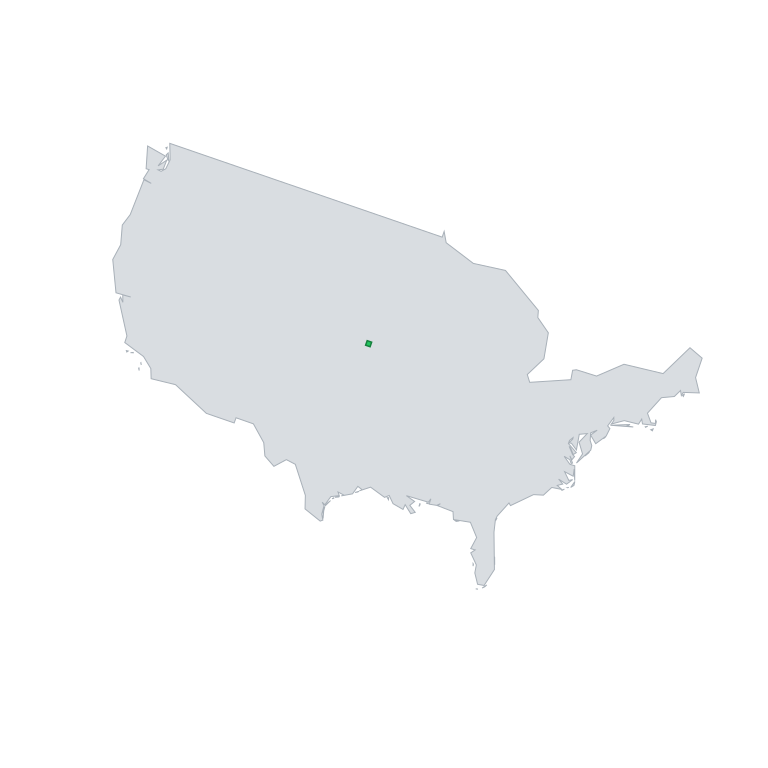 location of Adams, Nebraska, United States of America, rotated 19°
{"feature_id": "52423323B10491210424297", "entity_name": "Adams", "entity_type": "district", "adm_level": 2, "iso_a3": "USA", "parent_name": "United States of America", "parent_adm1": "Nebraska", "projection": "mercator", "projection_center": [-98.47, 40.525], "detail": "fine", "context": "in_parent", "style": "filled", "palette": "green", "viewbox_px": 768, "rotation_deg": 19, "n_neighbors": 0, "source": "geoboundaries", "source_scale": "gbopen_adm2", "svg_char_len": 3922}
<svg xmlns="http://www.w3.org/2000/svg" viewBox="0 0 768 768"><g transform="rotate(19 384 384)"><path d="M604.5,287.2L644.5,283.3L661.5,250.1L676.4,256.0L676.5,276.5L685.0,289.8L669.7,294.5L668.9,298.1L666.5,293.6L662.6,301.3L650.8,306.6L642.6,325.8L649.1,333.8L653.5,332.9L652.4,329.3L653.8,331.0L654.1,334.9L641.4,337.6L639.1,333.3L637.7,339.1L623.1,340.4L612.0,347.8L613.2,343.6L612.2,340.9L609.1,350.8L612.1,352.6L611.0,360.9L603.6,371.5L596.0,365.0L600.6,358.3L595.3,362.9L597.3,370.3L600.5,374.6L601.0,379.2L591.7,396.1L594.5,385.5L587.4,375.5L592.3,364.7L585.0,368.0L587.4,383.7L580.5,379.0L578.1,379.5L580.4,374.6L580.2,373.1L577.8,376.9L577.7,380.2L588.2,386.3L585.9,389.1L581.2,383.6L579.4,382.7L585.3,389.3L587.8,390.6L586.3,394.5L583.1,391.4L588.0,397.4L586.8,398.2L584.4,395.1L577.9,393.7L585.9,399.4L591.0,399.2L595.8,413.3L591.5,402.5L592.9,409.6L583.3,408.1L590.1,415.0L593.5,413.0L589.2,419.3L580.1,417.1L585.6,420.4L580.8,423.5L586.4,425.8L576.3,427.2L570.9,437.2L561.4,439.9L543.2,457.8L540.9,455.8L534.0,472.0L533.5,476.0L536.2,488.2L548.8,523.5L544.2,541.9L537.7,542.9L531.4,533.1L530.2,525.0L521.0,515.4L524.2,511.2L519.6,511.4L521.6,499.0L510.7,486.6L493.8,489.5L490.8,482.2L474.2,481.6L476.3,478.8L473.3,481.6L465.8,482.9L465.7,477.3L464.4,481.3L441.5,482.3L451.2,485.1L447.9,490.3L455.3,495.2L451.5,497.9L443.3,491.2L442.8,496.4L431.5,494.2L425.2,487.7L421.4,491.0L404.9,485.9L395.4,493.1L397.8,491.1L392.6,489.3L390.0,498.1L380.0,503.7L382.3,502.1L375.7,501.1L378.0,504.1L370.4,507.8L367.4,517.4L364.0,515.9L366.9,518.5L367.5,527.3L370.5,532.6L368.3,534.4L350.0,527.8L345.9,514.9L326.3,488.8L316.3,487.3L306.7,497.7L294.8,490.8L289.4,478.6L273.5,464.2L255.1,464.1L255.0,469.6L225.6,469.6L187.1,452.5L162.1,454.8L158.5,445.3L147.7,436.3L125.4,429.2L125.3,422.3L106.1,390.9L106.6,387.6L110.5,391.8L108.0,384.8L116.2,384.2L100.9,385.0L87.0,354.6L89.7,338.0L84.8,318.9L88.9,306.4L90.5,269.1L98.6,270.1L89.7,268.2L92.1,257.8L89.0,257.9L83.0,235.9L103.2,239.7L99.4,251.3L105.7,243.1L105.3,252.8L100.6,255.1L104.0,255.5L107.6,251.5L108.8,241.6L103.1,226.2L391.2,226.2L391.2,220.2L396.8,230.2L429.2,240.9L461.9,237.1L506.0,264.2L507.8,271.1L522.7,282.1L527.0,308.1L516.4,328.4L521.2,335.0L559.3,319.1L557.9,309.6L561.3,307.9L582.4,307.3L604.5,287.2ZM627.4,344.5L633.7,343.5L611.5,349.3L629.8,342.2L627.4,344.5ZM104.7,235.8L107.5,242.0L107.3,243.0L103.5,238.3L104.7,235.8ZM370.2,531.1L367.8,523.4L368.0,519.0L368.3,523.6L370.2,531.1ZM671.3,295.3L671.1,298.3L670.1,297.6L671.3,295.3ZM425.4,490.0L425.9,491.9L424.1,490.4L425.4,490.0ZM134.1,436.9L136.6,435.8L136.8,436.1L134.1,436.9ZM131.4,436.1L130.4,437.5L129.5,436.3L131.4,436.1ZM647.1,338.0L645.4,339.8L644.9,339.4L647.1,338.0ZM369.4,514.9L368.0,518.5L371.4,511.6L369.4,514.9ZM545.1,512.0L547.5,518.9L544.7,511.3L545.1,512.0ZM147.2,443.0L148.3,445.0L147.1,443.2L147.2,443.0ZM545.3,542.9L543.2,545.0L546.6,540.5L545.3,542.9ZM596.6,418.1L594.2,421.0L596.2,414.0L596.6,418.1ZM101.9,230.7L102.0,232.5L100.8,231.6L101.9,230.7ZM378.1,505.5L374.5,507.1L378.2,505.0L378.1,505.5ZM653.1,338.8L653.0,340.9L651.1,340.4L653.1,338.8ZM147.2,448.6L148.1,451.0L146.8,448.8L147.2,448.6ZM373.7,508.5L372.2,509.4L373.5,508.0L373.7,508.5ZM600.0,382.5L597.5,386.6L600.4,380.9L600.0,382.5ZM394.3,494.7L391.9,496.0L395.3,493.6L394.3,494.7ZM534.5,473.9L534.0,476.9L533.8,474.8L534.5,473.9ZM587.3,426.3L586.4,426.9L588.8,424.6L587.3,426.3ZM499.9,488.9L497.0,490.4L495.9,490.1L499.9,488.9ZM464.7,482.4L464.2,482.9L462.5,482.8L464.7,482.4ZM527.2,525.2L527.5,527.2L526.7,524.8L527.2,525.2ZM457.4,486.5L456.9,488.4L456.8,485.0L457.4,486.5ZM539.0,547.6L537.4,547.8L539.6,547.3L539.0,547.6ZM610.5,362.4L609.2,364.4L610.7,361.5L610.5,362.4ZM592.4,421.6L591.4,422.3L591.2,422.3L592.4,421.6Z" fill="#d9dde1" stroke="#a8b0b8" stroke-width="1"/><path d="M358.6,348.5L354.0,348.5L354.0,353.3L358.7,353.3L358.7,348.5L358.6,348.5Z" fill="#22c55e" stroke="#15803d" stroke-width="1.5"/></g></svg>